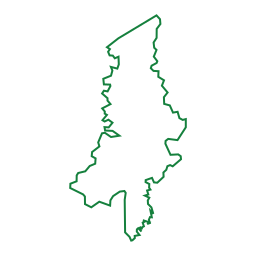 Boane, Maputo, Mozambique (Robinson projection)
{"feature_id": "85939544B68927430168058", "entity_name": "Boane", "entity_type": "district", "adm_level": 2, "iso_a3": "MOZ", "parent_name": "Mozambique", "parent_adm1": "Maputo", "projection": "robinson", "projection_center": [32.342, -26.029], "detail": "medium", "context": "isolated", "style": "outline", "palette": "green", "viewbox_px": 256, "rotation_deg": 0, "n_neighbors": 0, "source": "geoboundaries", "source_scale": "gbopen_adm2", "svg_char_len": 1868}
<svg xmlns="http://www.w3.org/2000/svg" viewBox="0 0 256 256"><path d="M177.6,111.8L173.0,112.6L169.8,105.4L164.2,103.9L163.9,97.2L167.6,92.5L161.9,85.7L164.0,80.3L158.3,76.8L158.5,71.2L153.5,70.9L150.8,68.2L151.6,65.7L156.6,63.0L157.3,61.2L153.8,56.6L156.5,49.9L154.2,47.7L153.6,42.5L156.6,37.9L156.7,28.9L160.4,24.0L160.0,19.2L156.5,15.4L118.4,38.3L107.0,47.2L109.9,49.1L108.1,51.8L109.6,55.4L112.8,55.6L114.8,58.3L118.5,56.7L118.8,64.4L117.3,68.6L110.9,66.9L112.4,70.6L111.0,75.7L103.3,78.8L103.9,84.4L110.1,84.6L110.4,86.0L107.6,91.4L103.9,90.7L102.1,93.5L107.5,98.2L107.5,100.6L110.5,104.1L102.2,108.4L104.8,111.5L104.7,113.6L106.9,114.9L102.5,120.2L104.6,121.5L108.4,119.7L112.5,122.7L108.7,127.4L104.5,127.1L105.1,130.5L112.6,130.9L119.4,135.7L111.0,137.0L104.9,132.8L102.0,133.3L98.2,142.4L99.4,146.4L92.1,152.0L91.7,156.2L95.6,158.4L95.2,163.7L89.7,166.0L85.3,171.3L78.2,173.0L76.7,175.4L76.6,181.3L70.4,183.7L70.2,188.0L83.1,194.4L84.9,196.5L85.0,204.1L91.3,207.3L99.3,201.7L110.1,205.6L110.4,200.4L113.1,196.1L119.8,191.6L124.4,191.0L125.7,192.9L124.7,199.8L125.1,232.4L129.5,236.8L131.2,240.6L132.4,240.3L134.8,238.1L134.7,235.9L139.5,235.0L136.8,231.6L136.9,229.4L138.2,228.2L141.4,231.5L139.3,228.2L140.3,227.4L142.0,229.3L141.6,227.6L143.9,226.3L142.7,222.7L145.3,221.3L143.6,221.6L143.8,220.5L149.3,222.3L147.2,224.0L149.9,223.0L148.9,219.7L150.0,217.1L151.8,217.3L150.5,210.8L153.3,213.8L151.4,207.4L148.0,204.0L147.8,200.4L149.3,197.7L144.9,195.6L148.3,194.5L147.1,190.5L150.4,189.6L149.1,187.7L149.3,184.0L145.6,182.1L145.7,180.1L152.0,177.9L154.0,182.4L157.3,182.7L163.6,176.8L163.4,172.5L166.3,169.8L167.4,166.2L170.1,165.1L172.7,166.3L181.0,159.2L180.7,156.2L178.2,154.4L170.5,154.8L165.4,143.7L165.6,140.9L168.2,138.9L177.5,140.1L185.8,127.3L185.8,119.1L182.7,119.9L179.4,118.1L177.6,111.8Z" fill="none" stroke="#15803d" stroke-width="2"/></svg>